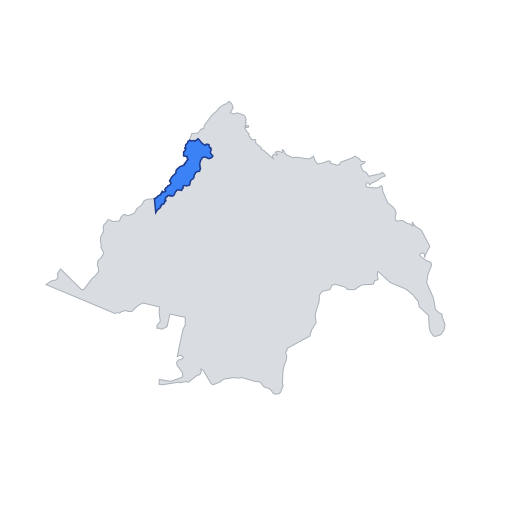 where Putumayo sits in Colombia, rotated 102°
{"feature_id": "COL-1407", "entity_name": "Putumayo", "entity_type": "Intendancy", "adm_level": 1, "iso_a3": "COL", "parent_name": "Colombia", "parent_adm1": "", "projection": "orthographic", "projection_center": [-75.67, 0.437], "detail": "fine", "context": "in_parent", "style": "filled", "palette": "blue", "viewbox_px": 512, "rotation_deg": 102, "n_neighbors": 0, "source": "natural_earth", "source_scale": "10m", "svg_char_len": 8012}
<svg xmlns="http://www.w3.org/2000/svg" viewBox="0 0 512 512"><g transform="rotate(102 256 256)"><path d="M293.3,70.1L288.3,72.2L278.4,74.7L271.7,85.8L267.0,87.7L261.4,94.3L257.2,102.5L254.1,119.1L245.7,133.3L246.4,133.9L249.8,133.3L253.0,131.7L254.1,132.2L255.3,134.7L259.2,135.3L262.4,146.7L268.4,152.6L269.0,154.9L269.8,159.6L267.8,162.5L267.2,173.1L269.1,175.7L273.5,176.7L276.5,183.3L278.4,184.8L281.1,185.8L287.6,184.8L299.3,185.9L302.0,185.7L308.6,183.4L316.9,186.2L323.1,186.7L340.0,206.5L341.7,205.9L343.8,207.1L348.0,205.0L351.6,204.7L356.4,205.7L362.7,205.7L375.3,203.6L377.2,202.5L384.1,203.6L386.1,205.1L387.2,208.8L386.4,211.1L384.1,213.4L382.8,216.4L382.6,220.0L381.4,222.6L379.2,224.4L378.3,226.9L378.9,230.2L377.8,245.2L378.8,246.4L379.6,252.6L382.6,260.6L384.0,262.9L386.5,264.8L391.0,271.4L390.0,273.6L378.6,284.0L378.1,286.4L380.3,285.4L383.8,286.3L385.0,288.8L393.6,296.0L393.5,298.8L395.9,304.2L395.5,305.4L401.4,320.8L401.7,324.1L396.8,325.0L396.5,314.7L395.8,312.5L390.2,303.4L389.1,302.6L385.4,303.7L379.3,310.5L376.4,311.5L374.1,310.5L371.7,306.5L370.2,305.8L368.7,309.2L370.6,312.2L343.4,312.2L338.0,310.9L330.7,312.5L330.7,328.1L343.6,328.3L347.2,332.8L346.8,336.4L347.4,337.7L344.3,338.5L339.8,336.0L331.8,339.0L325.9,339.7L325.5,356.9L329.0,361.2L335.9,365.8L336.9,369.0L336.4,371.9L338.1,375.6L340.3,377.6L340.3,379.8L341.5,382.3L327.6,455.4L322.8,450.9L321.1,446.9L318.7,445.2L314.2,446.5L309.3,444.5L325.2,419.7L324.7,417.5L311.5,411.4L310.2,409.9L303.9,406.7L300.4,407.6L298.4,409.2L293.6,409.7L289.7,407.1L285.1,405.4L279.5,409.6L277.8,409.5L273.9,411.3L269.6,412.0L264.1,410.2L259.7,411.5L256.5,411.2L255.4,409.9L251.4,408.4L251.0,406.7L252.1,403.7L250.4,397.6L249.8,396.6L246.8,396.5L243.2,394.3L242.5,393.0L243.3,390.6L242.6,388.5L239.2,383.7L234.4,382.4L229.8,378.4L225.2,377.0L223.1,374.1L221.1,367.6L216.3,362.5L213.0,360.8L211.9,358.4L208.4,358.2L203.8,354.8L201.7,354.6L200.3,356.2L195.9,354.6L192.3,352.1L188.4,351.5L185.9,350.0L181.4,345.3L176.5,343.1L173.7,343.9L172.8,347.3L171.2,348.0L165.5,347.1L164.6,347.8L163.1,347.7L156.3,345.1L149.5,344.2L147.8,338.3L143.4,336.2L142.1,333.5L139.1,333.8L127.5,328.5L122.7,324.8L118.6,322.7L114.3,318.6L113.6,317.0L110.3,314.6L112.0,311.5L115.9,309.1L121.1,311.0L121.8,307.4L119.9,304.2L120.8,296.9L122.2,295.3L125.0,293.9L126.8,294.4L127.9,293.2L132.1,293.8L133.4,293.3L136.6,290.4L138.0,288.1L139.5,288.3L142.9,284.4L142.4,280.5L145.6,279.7L149.0,273.3L150.5,273.1L151.3,270.1L157.2,259.5L155.1,260.8L152.7,260.0L153.1,256.5L152.4,256.1L150.5,258.8L148.8,256.0L149.3,251.5L146.6,252.4L146.7,251.3L150.6,247.9L152.2,240.1L151.0,237.3L150.2,225.7L149.5,223.5L146.4,220.6L151.4,217.3L153.2,214.8L150.9,209.6L148.0,205.3L147.9,202.7L149.7,202.9L150.4,195.7L148.7,193.0L146.7,192.9L140.1,182.3L137.8,180.1L139.5,175.0L141.5,172.8L141.1,168.9L142.5,169.1L145.3,172.6L146.4,172.1L150.9,168.7L151.1,165.6L154.6,162.4L149.7,151.5L148.0,149.8L150.0,146.4L151.2,146.5L153.1,149.9L156.2,152.2L160.8,158.2L162.8,159.6L161.4,160.9L161.1,162.4L161.8,163.2L164.4,163.3L165.4,161.7L164.8,154.3L163.7,150.6L161.2,148.0L162.0,146.9L166.7,145.2L176.6,138.2L179.9,131.6L182.5,129.2L185.4,127.7L189.0,128.0L191.7,127.2L192.6,125.1L190.7,120.6L192.8,114.3L192.7,111.2L194.1,109.3L193.6,108.5L190.1,110.7L193.7,106.4L196.3,99.7L210.5,87.9L219.7,90.7L222.6,90.5L218.8,92.0L218.2,93.7L219.6,95.5L221.0,96.0L222.2,94.9L225.2,88.0L225.7,84.2L227.0,82.9L229.0,82.4L238.0,84.0L246.6,83.5L260.4,73.6L270.9,69.4L273.4,65.4L274.0,62.4L275.9,61.2L277.9,61.2L279.1,59.6L283.8,56.9L289.0,56.6L294.5,58.9L297.0,63.0L297.5,65.7L293.3,70.1ZM132.3,292.5L131.6,293.0L130.4,292.1L130.0,290.9L130.7,290.0L131.7,290.3L132.3,292.5Z" fill="#d9dde1" stroke="#a8b0b8" stroke-width="1"/><path d="M178.8,344.0L178.2,344.0L177.7,343.8L177.2,343.6L176.7,343.3L176.1,342.6L175.8,342.5L175.6,342.6L175.1,342.9L175.0,343.0L174.9,343.1L174.3,343.8L174.0,343.9L173.8,344.0L173.3,344.0L173.0,344.0L173.0,345.9L173.2,347.5L172.8,347.8L170.4,348.1L169.8,348.4L169.4,348.4L169.0,348.3L168.4,347.7L168.0,347.4L167.6,347.3L166.5,347.2L165.6,347.0L165.3,347.1L165.4,348.0L165.0,348.0L164.2,347.6L163.9,347.6L162.2,347.9L161.8,347.9L161.5,347.7L161.1,347.4L160.5,346.9L160.3,346.7L159.9,346.6L159.6,346.5L158.6,346.5L157.9,346.3L157.0,345.2L156.5,345.1L156.6,344.6L156.8,344.4L156.9,344.2L157.0,344.1L156.9,343.6L156.7,343.1L156.6,342.4L156.5,342.0L156.0,340.9L156.0,340.6L156.0,340.4L156.1,340.2L156.3,340.1L156.4,339.6L156.3,339.3L156.2,339.2L155.8,339.0L155.3,338.7L154.2,337.8L153.3,336.9L153.8,336.3L155.2,334.5L155.7,333.9L156.1,333.5L156.8,332.4L158.0,329.9L158.1,329.7L158.3,329.0L158.3,328.8L158.2,328.6L157.8,328.4L157.3,328.0L157.2,327.9L157.1,328.0L157.0,327.9L156.9,327.8L156.8,326.5L156.8,325.4L156.9,325.1L157.2,325.0L159.0,324.3L159.2,324.1L159.6,323.9L159.6,323.6L159.7,323.3L159.6,322.8L159.7,322.6L159.8,322.5L160.0,322.7L160.4,322.7L161.1,322.0L161.9,322.0L163.8,322.2L164.5,322.0L165.1,321.6L165.7,321.0L166.9,319.1L167.3,319.0L167.7,319.2L168.1,319.4L168.9,319.8L169.3,320.3L169.8,321.0L169.8,321.3L170.2,321.6L170.5,322.3L170.6,322.7L170.6,323.0L170.5,323.4L170.1,324.2L170.0,324.6L169.9,326.7L170.1,327.8L170.7,328.6L171.2,329.0L172.9,329.5L173.9,330.0L174.6,330.1L178.0,330.2L178.4,330.1L178.6,330.0L178.8,329.8L179.1,329.6L179.5,329.4L179.8,329.3L180.6,329.4L181.0,329.3L181.2,329.1L181.3,328.8L181.6,328.5L181.9,328.5L182.3,328.5L182.9,328.8L183.3,328.8L184.3,328.7L184.7,328.8L185.0,329.1L185.1,329.4L185.1,329.7L185.2,330.1L185.5,330.7L186.8,332.2L187.2,332.5L188.2,332.6L188.6,332.8L189.1,333.1L189.5,333.2L189.9,333.2L191.6,333.1L192.7,333.2L193.6,333.7L195.1,335.3L196.1,335.6L198.1,335.7L199.5,335.6L199.9,335.7L200.5,335.9L200.8,336.1L201.0,336.3L201.1,336.6L201.0,337.0L201.1,337.3L201.3,337.7L201.8,338.3L202.0,338.7L202.0,339.1L201.8,339.9L201.9,340.4L202.2,341.2L202.6,341.7L203.1,341.9L204.0,341.7L204.5,341.4L204.8,341.4L205.1,341.6L205.3,342.1L205.4,342.3L205.6,342.3L205.8,342.3L206.3,342.2L207.2,342.3L207.5,343.0L207.3,344.6L207.4,345.0L207.7,346.0L207.8,346.9L208.0,347.1L209.0,347.5L210.6,348.3L213.3,348.8L214.1,349.3L214.7,350.0L214.9,351.0L214.7,351.3L214.5,351.6L214.4,351.8L214.8,352.1L215.2,352.2L215.3,352.3L215.2,352.5L214.9,353.1L214.7,353.3L214.7,353.5L215.0,354.0L215.1,354.6L215.2,354.9L215.3,355.0L215.5,355.0L215.9,355.1L216.1,355.0L216.3,355.1L216.5,355.2L216.6,355.3L216.8,355.9L216.9,356.1L217.2,356.3L217.7,356.4L218.2,356.5L218.6,356.5L219.0,356.3L219.5,356.6L219.9,356.7L220.2,356.5L220.4,355.8L220.8,355.6L221.2,355.8L221.3,356.2L221.4,356.5L221.5,356.8L221.9,356.8L222.8,356.5L223.3,356.6L224.1,357.0L224.4,357.2L224.5,357.5L224.6,357.8L224.8,358.5L225.1,359.0L225.4,359.1L225.6,359.1L226.0,358.9L226.4,358.9L226.5,358.9L226.7,359.0L226.8,359.2L226.9,359.7L227.1,359.8L227.5,359.9L227.9,359.7L228.3,359.6L228.8,359.8L230.1,360.8L230.9,361.7L231.4,362.0L232.6,362.5L234.4,363.1L221.2,367.2L221.2,366.9L221.1,366.7L220.7,366.6L220.3,366.2L220.0,365.8L219.7,365.6L218.3,364.7L217.6,364.2L216.6,363.1L215.9,362.0L215.7,361.8L215.4,361.9L215.2,362.0L214.6,362.1L214.4,361.9L214.1,361.7L213.9,361.5L213.3,361.4L212.8,361.3L212.6,361.3L212.1,361.2L212.3,360.8L213.0,360.3L212.2,358.7L211.8,358.2L211.3,357.7L211.0,357.8L210.4,358.8L210.2,359.0L209.9,359.0L209.5,358.8L208.7,358.7L208.2,358.4L207.9,358.2L206.9,357.1L206.7,357.0L206.5,356.9L206.1,356.9L205.9,356.9L205.6,356.6L204.7,355.3L204.2,354.9L203.7,354.7L202.6,354.4L202.1,354.3L201.8,354.4L201.5,354.7L201.4,355.1L201.3,355.4L201.0,355.8L200.6,356.1L200.3,356.2L199.8,355.9L198.3,355.4L197.0,355.1L196.5,354.8L195.9,354.6L194.5,353.7L193.4,352.7L193.0,352.6L192.7,352.4L192.4,352.1L192.0,351.7L191.5,351.6L191.1,351.6L190.1,351.9L189.5,351.9L189.0,351.9L188.5,351.8L188.1,351.6L187.4,351.2L186.5,350.5L186.3,350.2L184.8,349.3L184.2,348.7L183.9,348.3L183.8,347.9L183.7,347.6L182.1,345.5L182.0,345.2L181.8,344.9L181.2,345.0L180.6,345.1L180.2,345.2L179.9,344.3L179.8,344.1L179.6,344.0L179.3,344.0L178.8,344.0Z" fill="#3b82f6" stroke="#1e3a8a" stroke-width="1.5"/></g></svg>